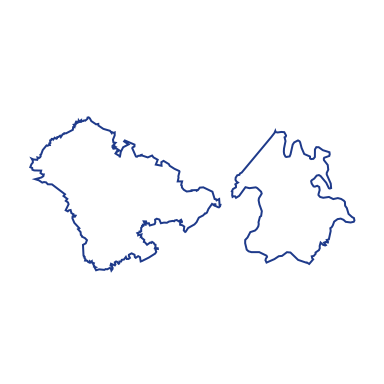 Chalma, Veracruz, Mexico, rotated 349°
{"feature_id": "50627088B44662139516293", "entity_name": "Chalma", "entity_type": "district", "adm_level": 2, "iso_a3": "MEX", "parent_name": "Mexico", "parent_adm1": "Veracruz", "projection": "albers", "projection_center": [-98.357, 21.198], "detail": "fine", "context": "isolated", "style": "outline", "palette": "blue", "viewbox_px": 384, "rotation_deg": 349, "n_neighbors": 0, "source": "geoboundaries", "source_scale": "gbopen_adm2", "svg_char_len": 6027}
<svg xmlns="http://www.w3.org/2000/svg" viewBox="0 0 384 384"><g transform="rotate(349 192 192)"><path d="M147.6,241.4L147.7,240.7L146.8,240.4L145.5,240.3L145.3,240.9L144.7,240.4L145.8,238.6L146.1,236.8L145.4,236.5L144.6,234.6L143.3,233.4L142.3,234.2L141.4,233.6L137.8,235.2L136.2,232.4L135.2,231.8L136.0,229.9L133.9,227.5L133.7,226.0L133.3,226.1L134.3,224.0L131.0,224.2L131.3,223.5L130.5,221.9L133.1,221.5L133.1,220.8L134.6,220.9L135.3,217.4L136.3,216.7L136.5,215.8L137.6,215.9L137.6,214.7L139.9,215.2L139.0,211.6L141.3,212.1L141.5,214.4L143.7,214.4L144.2,216.8L149.2,216.4L150.2,214.8L150.5,212.1L152.3,211.5L154.7,212.8L155.5,216.7L158.7,216.7L161.5,217.4L163.9,216.6L167.6,216.7L168.9,217.3L169.5,216.7L171.7,216.6L173.4,218.3L176.0,217.2L176.5,219.2L176.3,219.7L174.6,219.5L174.1,221.9L176.2,222.8L177.8,224.5L176.6,228.2L178.1,230.6L178.0,230.0L181.3,226.6L188.2,224.3L190.7,222.5L193.8,218.5L198.5,217.1L200.7,215.5L201.1,215.8L202.7,215.1L204.9,211.8L209.4,207.5L211.0,209.2L211.5,208.3L212.6,208.5L212.4,210.2L214.7,211.9L215.5,212.2L216.8,211.4L217.4,210.1L216.6,210.0L217.3,204.1L214.5,204.9L214.1,203.6L212.9,203.2L212.1,195.6L204.0,189.6L200.5,189.2L198.1,191.3L196.9,191.6L196.9,191.0L191.9,190.2L191.8,190.9L186.9,190.5L184.4,188.3L183.0,185.7L183.2,183.8L182.7,183.1L184.3,179.7L180.0,178.9L181.5,175.4L181.6,173.9L183.6,169.7L183.5,169.0L179.2,165.9L175.1,162.0L174.6,160.2L170.0,156.0L167.6,156.9L167.1,160.4L161.7,158.2L164.5,153.8L160.8,150.7L159.8,148.6L155.2,149.6L149.8,146.6L149.8,145.9L148.6,146.0L148.4,146.6L146.2,146.2L144.7,146.9L143.7,146.4L141.7,137.6L142.2,136.9L144.2,136.3L144.6,134.5L135.9,128.6L135.0,129.4L138.8,133.2L133.0,134.9L129.8,138.9L127.7,144.3L127.9,143.0L124.2,139.6L125.9,137.8L126.0,138.3L128.6,137.3L125.2,134.0L124.8,134.6L123.1,134.5L122.6,133.0L125.0,132.8L124.2,132.2L124.5,131.6L123.4,131.2L126.3,129.1L124.3,128.3L124.4,125.6L126.9,121.7L127.5,118.8L126.4,119.0L124.9,118.0L124.4,118.8L123.2,116.3L117.0,113.1L112.8,108.9L113.0,107.3L110.8,107.3L106.7,103.2L105.8,100.3L104.8,99.0L103.7,99.0L103.2,100.3L100.8,101.6L99.8,101.1L98.8,101.6L96.9,101.5L97.0,100.3L95.5,101.0L95.8,101.9L95.0,101.8L94.4,100.3L94.0,101.6L91.7,100.8L91.1,101.7L92.2,102.4L90.6,102.9L90.6,103.4L88.9,103.4L89.6,104.8L88.9,105.0L88.9,106.0L87.7,105.7L86.9,108.2L79.5,110.4L77.8,109.9L77.2,110.7L76.1,110.6L73.7,113.1L73.2,111.6L71.3,112.5L70.2,112.4L69.7,113.6L68.9,113.8L67.6,112.5L65.8,114.0L65.6,113.4L64.4,113.1L63.5,114.2L62.6,114.3L62.3,116.9L61.2,117.1L61.4,118.8L60.1,118.6L59.2,119.1L58.1,118.5L53.5,122.3L51.1,126.3L50.3,126.5L50.3,128.0L49.6,128.9L48.4,129.4L46.9,128.6L46.9,129.9L46.2,130.9L42.6,129.8L41.0,128.7L41.7,130.8L41.4,132.7L39.6,134.2L38.0,136.8L39.7,137.9L39.6,139.7L41.2,140.7L48.0,142.2L46.9,144.5L48.7,146.3L49.8,146.5L49.1,148.1L47.0,149.0L40.5,149.5L44.0,151.4L46.8,154.2L48.6,154.0L50.6,154.7L51.9,156.9L56.0,157.8L66.9,170.0L65.1,171.4L68.3,175.0L66.4,176.6L68.3,178.6L68.5,180.5L64.5,185.8L66.4,187.3L67.7,186.5L69.4,186.5L69.6,189.7L71.3,191.1L70.4,192.4L70.7,192.1L73.2,193.0L72.4,193.9L70.0,193.5L69.6,195.0L70.6,199.8L74.5,206.1L73.0,206.7L75.0,210.1L74.7,212.9L75.5,213.9L75.4,214.8L78.1,216.8L79.7,219.2L77.9,222.1L74.9,223.1L73.4,233.5L73.8,234.2L73.5,234.8L74.3,235.4L73.9,236.7L74.7,237.8L74.0,238.9L76.2,239.6L76.7,240.9L78.0,241.8L78.5,240.6L79.0,241.3L80.3,240.8L80.0,242.0L80.8,242.1L81.2,243.3L81.6,242.9L82.1,243.2L81.3,244.4L82.0,246.1L81.6,246.6L83.0,247.5L82.1,247.7L82.9,250.5L86.1,250.2L91.1,251.7L92.6,251.2L94.0,251.7L96.8,250.9L97.7,251.4L97.9,253.7L99.3,252.4L99.6,251.3L99.2,249.5L98.0,248.7L98.8,247.0L102.3,249.3L103.0,248.6L102.8,246.3L104.2,245.7L105.1,246.2L106.3,248.5L106.9,248.3L107.5,246.4L109.2,246.7L110.1,245.2L112.3,245.3L114.7,243.1L115.2,245.3L117.0,245.6L118.5,244.8L117.8,242.7L118.1,241.6L121.0,240.7L123.6,242.6L123.5,245.0L124.2,245.9L126.9,244.7L128.5,246.0L128.4,250.4L129.7,250.2L137.2,248.1L144.1,245.4L145.5,243.9L145.2,242.1L146.0,240.8L147.6,241.4ZM320.7,256.7L320.9,253.9L322.3,253.3L323.8,251.7L325.9,248.2L329.7,246.4L332.9,246.5L335.4,248.2L337.2,250.6L341.9,252.2L345.1,252.1L346.0,251.0L346.0,248.5L344.4,247.2L341.5,243.4L340.9,237.3L339.7,234.7L340.2,230.9L339.4,229.5L337.1,227.3L334.0,225.8L329.3,225.9L325.5,223.0L319.7,222.7L316.8,221.3L315.6,219.3L315.7,218.4L317.7,214.4L317.8,211.3L316.1,209.8L313.6,210.2L312.4,209.7L311.1,206.6L311.0,204.1L311.8,203.3L314.5,202.2L317.5,199.7L319.8,199.6L321.3,200.9L325.5,208.5L327.1,214.4L327.9,214.9L329.3,214.7L329.8,210.2L327.6,200.5L327.9,199.0L330.0,196.1L330.4,191.4L327.6,185.9L327.7,184.6L328.3,183.6L333.6,182.8L334.4,181.2L334.5,179.2L328.4,175.9L324.9,172.2L322.6,171.7L320.8,173.7L319.3,181.1L317.5,182.6L315.2,182.4L314.3,181.6L314.6,179.7L309.4,176.1L308.0,169.7L307.6,163.8L307.2,162.7L305.9,161.6L301.8,162.8L299.9,164.7L295.9,173.8L294.6,175.7L291.2,175.6L290.5,175.1L289.7,172.5L289.8,170.1L290.6,166.9L293.5,159.9L293.3,156.0L294.6,155.5L295.1,154.5L294.0,150.9L291.2,150.1L287.4,149.9L285.5,149.1L285.4,148.0L284.2,149.8L280.3,153.2L244.5,182.4L242.6,183.0L241.8,184.2L239.6,184.2L237.6,186.3L237.0,188.4L237.7,190.3L238.9,191.5L236.0,192.7L236.4,194.3L236.0,195.8L232.8,196.9L231.2,199.0L231.7,199.5L230.8,202.9L230.9,204.5L231.9,204.1L233.6,204.6L234.1,206.1L237.6,204.8L245.4,197.5L249.1,199.2L255.5,199.6L256.8,200.6L259.9,204.9L260.1,206.9L256.5,210.9L255.8,212.9L255.8,217.0L256.9,224.1L255.3,228.7L253.9,229.4L251.5,234.4L251.4,236.2L250.5,238.4L248.5,240.6L246.4,241.9L241.6,242.5L237.8,247.3L235.1,249.2L234.4,252.4L234.7,259.0L236.2,261.0L238.9,262.4L246.6,263.9L253.0,268.7L253.3,270.0L251.8,271.5L251.1,273.0L251.7,275.5L260.1,273.6L264.9,271.6L268.2,271.9L273.7,269.2L277.1,270.2L283.2,278.9L290.9,283.3L291.3,283.1L293.3,285.0L298.1,281.2L297.4,280.1L297.3,278.0L299.3,278.0L301.6,276.2L301.7,275.0L305.5,273.3L306.7,271.6L307.0,269.4L308.6,266.2L310.6,268.9L312.5,269.9L313.3,269.7L312.0,266.9L314.0,266.5L315.7,267.5L316.0,267.0L315.2,264.8L317.3,264.6L320.7,256.7Z" fill="none" stroke="#1e3a8a" stroke-width="2"/></g></svg>